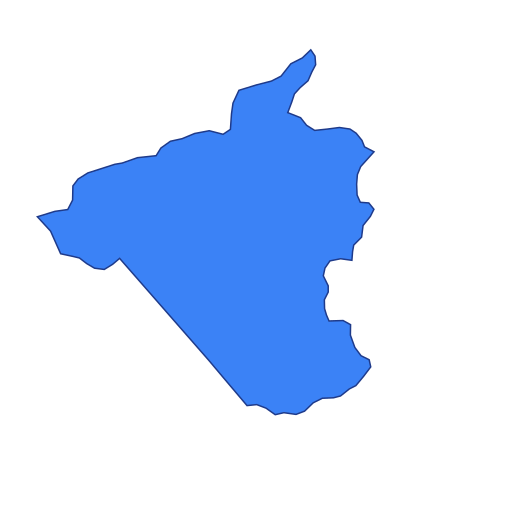 the district of Itaguari, Goiás, Brazil, rotated 56°
{"feature_id": "56859067B11030704466933", "entity_name": "Itaguari", "entity_type": "district", "adm_level": 2, "iso_a3": "BRA", "parent_name": "Brazil", "parent_adm1": "Goiás", "projection": "mercator", "projection_center": [-49.628, -15.936], "detail": "fine", "context": "isolated", "style": "filled", "palette": "blue", "viewbox_px": 512, "rotation_deg": 56, "n_neighbors": 0, "source": "geoboundaries", "source_scale": "gbopen_adm2", "svg_char_len": 1386}
<svg xmlns="http://www.w3.org/2000/svg" viewBox="0 0 512 512"><g transform="rotate(56 256 256)"><path d="M101.2,415.3L120.5,412.4L144.9,416.7L154.2,407.8L158.9,403.5L167.6,400.6L175.8,396.7L182.3,389.3L182.7,379.3L181.7,370.4L315.9,353.5L339.3,351.0L375.0,347.1L379.6,338.5L387.7,332.8L398.3,328.8L401.5,320.5L409.7,311.4L411.8,302.5L409.7,290.6L411.0,280.6L416.9,271.0L419.3,264.2L418.4,252.8L419.3,245.7L416.0,234.3L412.1,222.9L405.3,220.2L397.4,224.7L387.1,225.2L374.4,222.0L365.8,216.0L358.2,219.9L350.7,231.8L344.4,230.6L338.0,228.6L330.5,223.8L326.3,216.3L321.1,212.8L310.1,211.3L304.6,205.6L301.4,197.4L305.6,187.4L313.2,178.9L306.4,173.5L301.6,168.9L299.4,157.9L290.6,150.2L287.1,139.0L283.2,132.1L275.1,132.8L269.8,139.5L262.0,138.1L252.7,132.4L245.2,126.4L240.4,119.2L235.6,99.9L226.2,105.0L219.4,103.5L210.2,104.3L203.3,107.1L196.1,115.0L190.6,126.0L184.7,137.1L175.9,141.0L166.3,141.7L154.9,149.5L148.3,140.2L143.1,133.5L141.1,125.3L139.8,114.9L134.6,106.7L130.8,99.6L123.3,95.3L115.7,95.3L117.7,106.8L116.1,119.6L120.9,134.6L119.6,145.4L114.4,160.0L109.1,177.5L116.4,189.6L124.3,196.7L136.7,206.4L136.7,215.2L126.0,224.7L120.1,238.4L117.4,251.7L113.0,262.8L113.3,274.5L117.0,282.7L108.2,299.3L104.1,315.0L101.0,321.8L97.5,333.9L93.1,348.9L92.7,360.4L95.5,368.6L107.1,376.8L112.2,386.1L106.5,397.8L101.2,415.3Z" fill="#3b82f6" stroke="#1e3a8a" stroke-width="1.5"/></g></svg>